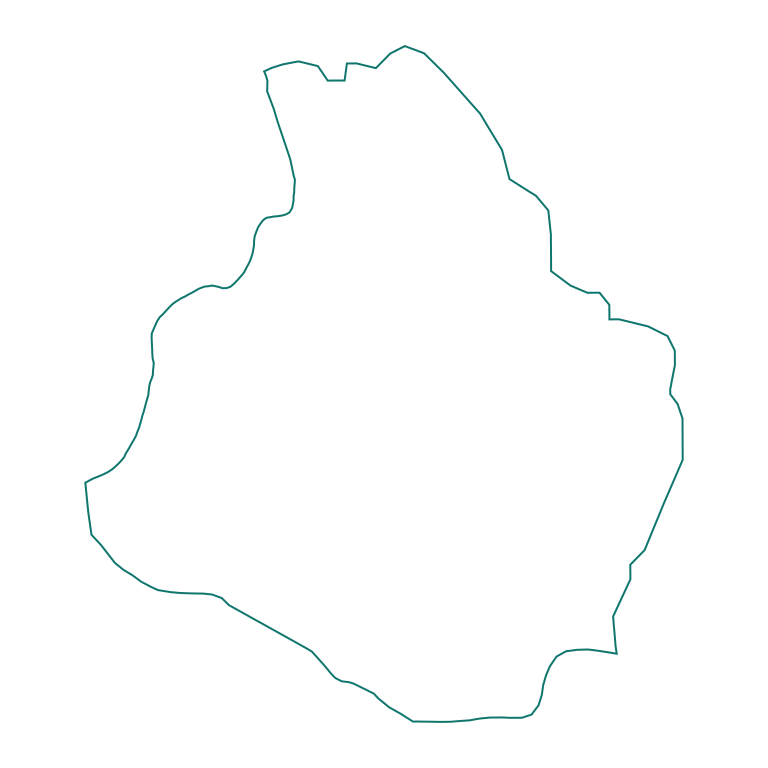 the district of Sa'fan, Sana'a, Yemen
{"feature_id": "15242507B56189599867675", "entity_name": "Sa'fan", "entity_type": "district", "adm_level": 2, "iso_a3": "YEM", "parent_name": "Yemen", "parent_adm1": "Sana'a", "projection": "albers", "projection_center": [43.578, 15.072], "detail": "fine", "context": "isolated", "style": "outline", "palette": "teal", "viewbox_px": 768, "rotation_deg": 0, "n_neighbors": 0, "source": "geoboundaries", "source_scale": "gbopen_adm2", "svg_char_len": 3539}
<svg xmlns="http://www.w3.org/2000/svg" viewBox="0 0 768 768"><path d="M616.7,653.7L615.9,648.3L615.5,645.3L615.3,642.7L615.1,640.0L614.5,633.2L613.4,620.2L613.3,618.4L613.1,616.5L630.4,579.3L630.3,564.7L644.7,550.0L648.0,541.9L653.3,529.0L658.1,517.4L663.7,503.7L666.6,497.0L667.2,495.7L667.3,495.4L676.5,474.2L682.7,459.8L682.6,437.7L682.5,418.5L677.6,404.0L670.3,394.3L670.2,389.5L670.5,387.7L670.9,386.1L671.5,382.4L674.9,365.1L674.9,362.6L674.8,350.6L667.5,336.0L662.9,333.8L648.1,326.4L644.8,325.6L643.9,325.4L619.0,319.3L609.4,319.4L609.4,314.5L609.3,304.8L599.5,292.7L587.5,292.8L581.5,290.3L580.4,289.8L570.5,285.6L551.1,271.1L551.1,270.8L551.0,248.3L550.9,242.1L550.9,234.7L548.3,210.4L536.1,195.9L532.9,193.8L530.6,192.5L509.5,179.1L504.7,160.4L502.0,149.9L501.7,149.4L486.2,123.8L485.4,122.4L480.1,113.6L470.1,102.4L443.6,72.5L424.1,53.3L415.4,50.0L404.8,46.1L390.3,53.5L375.9,68.1L375.7,68.1L356.5,63.4L346.9,63.5L344.6,80.5L338.5,80.5L327.7,80.6L325.5,77.3L317.9,66.1L298.6,61.4L290.5,62.9L282.7,64.4L271.7,67.9L264.1,71.4L264.9,73.1L266.3,76.8L267.4,80.6L267.3,86.2L267.1,91.2L273.7,108.7L276.7,118.7L277.7,122.0L281.8,134.1L290.2,159.1L291.4,164.8L293.8,176.2L294.9,179.5L294.7,183.4L294.3,187.8L294.2,192.3L293.6,196.1L293.6,200.4L292.9,204.4L292.0,208.3L291.2,209.6L289.5,212.4L286.3,214.3L282.2,215.5L278.4,216.1L274.0,216.5L270.1,217.2L268.2,217.5L266.5,217.8L265.0,218.8L263.0,220.3L260.5,223.6L258.2,227.1L258.1,227.3L256.4,231.5L254.7,236.2L254.1,240.6L254.0,245.0L253.4,248.9L252.7,252.8L251.6,256.5L250.2,260.5L248.2,264.6L247.1,266.5L245.7,269.2L243.8,272.8L240.4,276.8L237.5,280.1L233.7,284.0L230.2,286.9L226.4,288.1L222.6,288.2L218.9,287.0L215.1,286.1L213.0,285.7L210.6,285.7L209.1,286.1L204.6,286.6L202.8,287.2L198.9,288.7L195.5,290.7L192.4,292.4L192.0,292.7L188.6,294.4L185.2,296.4L181.5,298.1L179.6,299.3L178.3,300.1L175.0,302.2L171.9,304.6L168.7,307.9L166.0,310.8L163.2,313.9L161.5,315.6L161.2,315.8L159.7,317.2L157.2,321.1L155.5,324.8L153.5,329.4L151.8,333.5L151.6,337.7L151.8,341.6L152.0,345.9L152.2,349.7L152.3,353.5L152.6,358.4L153.7,362.6L153.5,366.6L153.0,371.1L152.8,375.1L151.5,379.0L150.0,382.7L149.2,386.6L148.7,391.0L148.3,395.1L147.2,398.9L145.9,403.2L145.5,405.0L144.8,407.6L143.7,411.7L142.3,415.9L141.2,420.4L140.1,424.0L139.0,427.9L137.3,432.0L136.1,435.6L134.2,439.1L132.5,442.1L132.3,442.4L130.1,446.3L128.2,449.6L125.7,453.6L124.2,457.1L121.3,460.6L118.1,464.0L114.8,467.1L111.8,469.6L110.9,470.1L108.4,471.8L104.7,473.7L100.5,475.6L96.8,477.1L92.8,478.7L89.6,480.4L85.3,482.8L85.9,488.4L86.7,496.6L88.3,512.5L91.5,534.8L101.1,545.1L107.2,553.0L114.9,562.9L123.7,570.0L132.8,575.5L141.5,581.9L151.0,586.9L158.0,590.1L166.8,591.5L170.4,592.1L180.3,593.0L191.4,593.4L203.5,593.6L212.1,594.5L221.8,598.1L229.0,605.2L299.1,644.2L306.2,648.2L311.8,651.5L315.5,655.6L319.4,659.9L325.2,666.5L330.7,673.2L335.3,678.0L341.7,681.3L349.2,682.2L353.8,683.7L362.3,687.9L373.8,693.6L378.4,698.5L389.2,707.3L400.9,713.9L413.0,721.6L419.5,721.5L420.2,721.6L429.6,721.7L440.0,721.9L440.8,721.9L449.8,721.8L460.0,721.0L470.0,720.3L474.9,719.4L480.1,718.5L482.2,718.3L483.1,718.2L484.4,718.1L490.5,717.5L494.2,717.5L498.8,717.5L500.8,717.4L509.4,717.8L511.1,717.8L513.3,717.8L521.7,717.8L522.7,717.5L524.5,716.9L531.6,714.6L533.3,712.2L538.5,705.4L541.8,695.0L543.2,685.1L546.0,675.5L548.8,668.8L550.0,666.1L554.4,659.7L556.0,657.4L556.5,656.6L566.0,651.3L567.2,651.1L568.2,651.0L577.3,649.8L587.9,649.5L589.7,649.7L597.8,650.7L608.1,652.3L616.7,653.7Z" fill="none" stroke="#0f766e" stroke-width="2"/></svg>